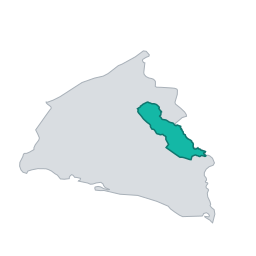 where Jinotega sits in Nicaragua, rotated 100°
{"feature_id": "NIC-656", "entity_name": "Jinotega", "entity_type": "Department", "adm_level": 1, "iso_a3": "NIC", "parent_name": "Nicaragua", "parent_adm1": "", "projection": "equal_earth", "projection_center": [-85.491, 13.798], "detail": "fine", "context": "in_parent", "style": "filled", "palette": "teal", "viewbox_px": 256, "rotation_deg": 100, "n_neighbors": 0, "source": "natural_earth", "source_scale": "10m", "svg_char_len": 4648}
<svg xmlns="http://www.w3.org/2000/svg" viewBox="0 0 256 256"><g transform="rotate(100 128 128)"><path d="M206.7,28.2L205.7,29.9L204.7,31.0L202.5,36.6L201.7,37.1L201.5,33.0L200.2,32.5L198.7,33.9L197.8,36.1L199.2,38.8L200.4,38.9L201.8,39.6L205.8,58.8L204.9,62.2L202.6,67.5L200.3,72.1L198.0,74.9L195.2,87.0L192.7,106.7L194.6,124.4L193.7,140.7L194.5,144.6L194.8,149.4L192.9,150.3L191.8,150.1L190.7,147.2L190.8,144.6L191.9,141.5L192.4,137.4L191.8,135.2L190.7,140.0L188.8,142.1L187.5,142.8L186.2,145.2L187.6,149.7L189.3,152.9L189.9,155.3L189.2,158.1L188.9,167.7L188.3,167.4L187.6,166.1L185.8,166.0L185.6,169.9L185.8,172.0L184.2,173.7L183.7,175.4L185.0,176.5L186.3,177.2L188.1,177.1L189.5,181.8L189.9,185.7L186.7,189.3L185.6,192.2L183.7,195.8L182.7,199.3L182.4,201.8L183.7,209.8L185.9,215.5L187.8,219.1L190.3,219.9L189.8,223.7L187.9,226.1L184.4,228.1L180.6,228.5L174.4,226.6L171.9,226.4L170.9,225.4L170.6,223.5L168.8,220.7L165.6,216.9L163.7,217.2L160.6,216.4L155.5,213.8L153.2,213.5L149.8,215.7L145.9,218.6L136.4,214.1L129.8,211.0L123.8,208.1L122.2,207.1L120.9,207.3L119.8,208.8L118.5,211.4L118.0,212.1L117.4,212.9L116.6,213.1L116.6,211.8L113.6,206.6L109.0,200.4L91.2,181.2L84.7,169.7L81.2,161.4L77.9,157.1L68.3,148.4L66.1,144.9L56.6,133.1L49.4,126.3L49.3,123.4L52.3,119.7L53.7,119.9L55.3,122.5L57.9,125.4L59.1,125.5L60.9,124.1L60.9,122.7L70.7,122.1L72.4,121.4L74.2,119.2L75.1,116.2L75.2,113.3L75.6,111.2L77.2,109.2L80.0,108.6L82.2,108.4L82.9,107.0L82.2,102.6L81.0,91.9L80.8,88.9L81.2,86.7L82.1,85.9L86.4,85.3L94.5,86.2L96.1,85.5L99.4,79.5L102.4,75.0L104.6,73.0L106.3,72.4L108.3,76.4L115.2,82.1L116.3,81.7L117.0,81.4L117.2,80.6L117.1,78.0L118.8,75.6L122.4,73.4L126.0,69.7L129.6,64.3L132.7,61.1L135.3,60.1L136.3,58.6L135.7,56.6L135.9,53.8L137.0,50.1L138.5,48.0L140.5,47.4L141.3,46.3L140.9,44.5L141.3,42.6L143.1,39.5L147.4,36.8L149.9,37.7L152.0,41.3L154.9,43.8L158.7,45.1L161.6,44.6L163.7,42.3L165.6,41.6L167.2,42.5L168.1,42.0L168.2,40.1L169.1,39.7L170.7,40.7L172.2,41.0L173.4,40.5L173.9,39.6L174.2,38.6L175.1,37.9L178.4,38.6L182.0,37.5L186.1,34.6L188.8,33.3L190.1,33.7L191.7,32.2L193.5,29.0L197.7,27.5L206.7,28.2Z" fill="#d9dde1" stroke="#a8b0b8" stroke-width="1"/><path d="M139.6,49.2L140.3,48.8L141.5,47.1L141.8,46.5L142.2,46.6L142.3,46.7L142.4,46.8L142.5,47.0L142.6,47.4L142.6,47.8L142.4,48.4L142.4,48.7L142.4,49.0L142.3,49.7L142.3,50.0L142.3,50.4L142.3,50.8L142.4,51.0L142.8,51.5L143.3,51.9L143.5,52.1L143.6,52.4L143.7,52.7L143.6,53.2L143.2,54.1L143.2,54.4L143.2,55.4L143.2,55.6L142.9,56.3L142.8,56.6L142.9,56.9L143.0,57.2L143.6,58.4L144.2,59.1L144.7,59.9L144.9,60.0L145.1,60.1L148.2,60.4L148.3,61.0L148.3,62.1L147.5,67.5L147.4,69.7L147.7,71.4L147.7,72.0L147.3,72.9L145.2,77.5L140.8,86.8L140.6,87.1L137.1,85.2L132.7,88.7L129.9,89.2L129.7,89.5L129.5,89.9L129.2,91.0L128.9,91.6L128.7,92.0L128.3,92.3L128.3,92.6L128.3,93.0L128.6,93.8L128.8,94.3L129.0,94.9L129.0,95.4L128.7,96.8L128.7,97.7L128.7,97.9L128.6,98.4L128.5,98.7L128.1,99.2L126.2,100.8L125.1,102.0L124.9,102.6L124.9,104.3L123.0,106.0L122.3,106.3L121.5,106.3L120.8,107.0L120.3,107.7L119.8,108.8L119.1,110.2L116.6,114.1L115.3,115.6L114.9,115.9L113.3,117.7L111.3,120.2L110.5,120.9L110.2,121.1L109.7,121.2L108.5,121.1L108.1,121.2L107.9,121.3L107.4,122.0L106.2,120.8L105.7,120.1L105.2,119.7L104.9,119.5L104.4,119.5L104.2,119.5L103.7,118.7L102.1,117.5L99.5,114.0L99.2,113.5L99.0,112.8L99.4,112.0L99.5,111.2L99.5,110.6L100.0,108.6L99.6,106.6L99.7,105.6L99.8,104.8L100.0,104.1L100.3,103.4L101.5,101.6L102.1,100.9L102.7,100.8L103.2,100.8L103.6,101.0L103.9,100.5L105.3,99.1L105.6,98.5L105.9,98.0L106.3,97.8L106.7,98.4L107.0,98.2L108.9,98.0L109.5,98.0L109.9,98.3L110.2,98.7L110.5,98.9L111.0,98.9L111.2,98.6L111.8,97.5L112.6,96.8L113.2,96.3L113.6,95.7L113.5,92.9L113.6,91.8L114.0,90.7L115.0,88.4L115.1,87.8L115.2,87.2L115.3,85.0L115.5,84.2L115.8,83.7L116.7,83.0L116.8,82.9L117.0,82.7L117.3,81.9L117.4,81.2L117.2,80.6L116.7,80.4L116.5,80.0L116.7,79.1L117.0,77.7L117.1,76.7L117.2,76.4L117.6,76.5L118.2,76.6L118.7,76.3L119.4,75.5L119.7,75.6L119.9,75.6L119.9,75.4L120.0,75.3L120.0,74.8L121.2,74.3L121.6,73.8L121.9,73.2L122.7,72.9L123.0,72.8L123.5,72.6L124.2,72.4L124.5,71.7L124.6,71.0L124.8,70.4L126.0,69.9L126.6,69.5L127.5,68.5L127.9,67.9L128.3,67.0L128.6,66.1L128.9,64.9L129.2,64.1L129.6,63.4L129.9,63.0L130.1,63.0L130.5,63.1L130.7,62.9L130.8,62.5L131.1,62.1L131.2,61.8L131.4,61.6L131.7,61.4L132.5,60.9L132.9,60.8L134.2,60.8L135.1,60.6L136.0,60.2L136.7,59.7L137.1,58.9L137.0,57.8L136.6,56.9L136.0,56.1L135.4,55.7L136.4,54.7L136.4,54.4L136.3,53.7L136.4,53.4L137.2,52.3L137.3,52.0L137.4,49.6L137.5,48.3L137.8,47.6L138.4,47.8L139.0,48.6L139.6,49.2Z" fill="#14b8a6" stroke="#0f766e" stroke-width="1.5"/></g></svg>